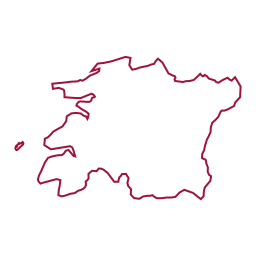 an SVG outline of North Jeolla
{"feature_id": "KOR-2499", "entity_name": "North Jeolla", "entity_type": "Province", "adm_level": 1, "iso_a3": "KOR", "parent_name": "South Korea", "parent_adm1": "", "projection": "orthographic", "projection_center": [126.968, 35.705], "detail": "fine", "context": "isolated", "style": "outline", "palette": "rose", "viewbox_px": 256, "rotation_deg": 0, "n_neighbors": 0, "source": "natural_earth", "source_scale": "10m", "svg_char_len": 2796}
<svg xmlns="http://www.w3.org/2000/svg" viewBox="0 0 256 256"><path d="M40.4,183.6L38.6,181.4L37.9,179.7L38.9,175.7L41.3,170.9L45.0,162.3L48.1,157.8L52.5,156.3L57.6,155.3L61.9,155.1L63.9,153.5L65.8,150.7L68.5,150.0L70.9,152.8L73.4,155.8L75.2,156.4L73.4,150.2L72.2,147.4L70.1,146.2L50.9,149.3L44.3,145.1L44.7,140.6L44.8,138.8L48.0,137.2L50.8,134.5L53.3,131.6L57.4,129.2L62.4,126.5L66.2,121.2L66.8,116.3L68.9,115.0L70.4,114.1L71.2,113.4L76.1,112.9L80.8,113.5L83.8,115.8L86.0,116.4L87.4,118.9L88.0,117.5L88.4,115.6L88.6,113.7L86.8,112.2L85.6,111.3L83.0,110.0L80.1,108.0L77.7,106.2L76.4,105.6L76.8,104.2L77.9,102.6L79.1,101.7L80.3,101.4L87.8,101.9L89.5,101.8L90.7,101.1L91.5,99.7L91.8,98.4L92.5,97.6L94.3,97.3L94.9,96.7L94.2,95.5L92.8,94.2L91.2,93.7L90.8,94.0L80.8,98.0L77.5,98.1L71.0,97.7L64.5,97.2L64.5,94.3L64.1,90.3L62.9,89.3L58.8,87.9L52.9,88.8L52.3,83.7L64.6,82.5L71.2,81.7L77.9,81.3L80.1,80.0L82.4,80.7L85.2,79.2L90.2,75.5L96.5,73.0L99.2,71.1L99.4,68.6L91.5,71.1L97.6,63.6L104.0,62.9L111.6,61.3L125.5,56.9L130.5,57.9L129.3,65.2L132.2,69.7L136.2,68.9L139.9,67.5L147.3,66.0L149.3,65.3L151.2,64.5L154.0,63.9L155.8,61.0L158.0,58.7L162.4,62.5L168.5,73.4L172.9,75.6L174.7,76.1L175.5,77.7L174.5,79.6L175.1,81.0L182.9,82.0L185.8,81.2L189.8,81.0L193.8,79.9L197.0,77.0L200.2,73.8L201.3,75.1L202.6,76.3L203.7,76.0L204.6,74.9L206.9,76.2L208.9,78.6L215.0,80.5L216.2,82.1L218.4,82.7L222.7,80.0L227.6,77.7L229.6,79.6L231.6,80.6L233.3,79.0L235.0,77.2L240.6,86.5L240.1,97.2L235.2,102.5L234.0,106.0L227.3,109.6L224.0,110.7L222.1,110.5L220.8,111.4L218.3,116.9L215.4,120.0L212.3,122.7L210.9,127.1L210.5,132.2L208.8,136.0L206.8,139.9L205.2,145.0L204.1,150.2L202.2,154.0L202.1,158.2L205.6,159.7L206.1,161.5L206.4,163.6L207.9,167.5L207.7,171.8L209.1,174.9L211.1,176.2L210.3,180.8L204.7,187.6L203.8,192.1L203.6,196.2L200.8,199.1L193.0,192.9L184.3,189.8L179.4,192.6L175.4,196.9L171.2,197.5L166.7,197.5L161.8,198.2L156.8,198.2L154.4,196.8L152.4,195.2L150.0,195.8L147.2,195.8L143.1,196.5L139.2,198.8L134.1,198.1L130.8,194.6L131.0,189.1L128.2,186.0L127.4,182.9L128.6,178.1L125.9,173.9L121.9,174.1L120.9,175.9L119.5,177.1L118.7,179.3L118.4,181.7L114.2,181.8L107.8,173.1L103.6,169.7L101.3,168.7L98.8,168.5L96.6,171.2L92.0,170.8L88.5,173.8L88.5,176.1L88.6,178.3L87.4,180.2L85.7,181.5L85.8,183.2L86.0,185.0L84.9,187.3L83.1,188.9L80.9,189.9L78.5,190.6L76.6,191.8L74.7,193.1L70.2,193.8L65.9,195.4L61.8,196.4L58.4,195.2L58.7,190.7L59.6,186.2L60.4,180.1L56.5,179.1L43.2,182.7L40.4,183.6L40.4,183.6ZM16.4,150.1L15.8,149.5L15.4,148.4L15.6,147.3L17.1,146.6L16.9,146.3L16.2,145.9L16.5,145.5L17.3,145.1L17.8,144.4L18.6,144.2L19.1,144.0L18.9,143.1L19.5,143.1L21.0,143.4L22.0,142.6L22.5,142.0L23.1,142.5L23.4,143.5L22.9,144.7L20.4,146.9L18.7,148.7L17.6,149.5L17.2,149.9L16.4,150.1Z" fill="none" stroke="#9f1239" stroke-width="2"/></svg>